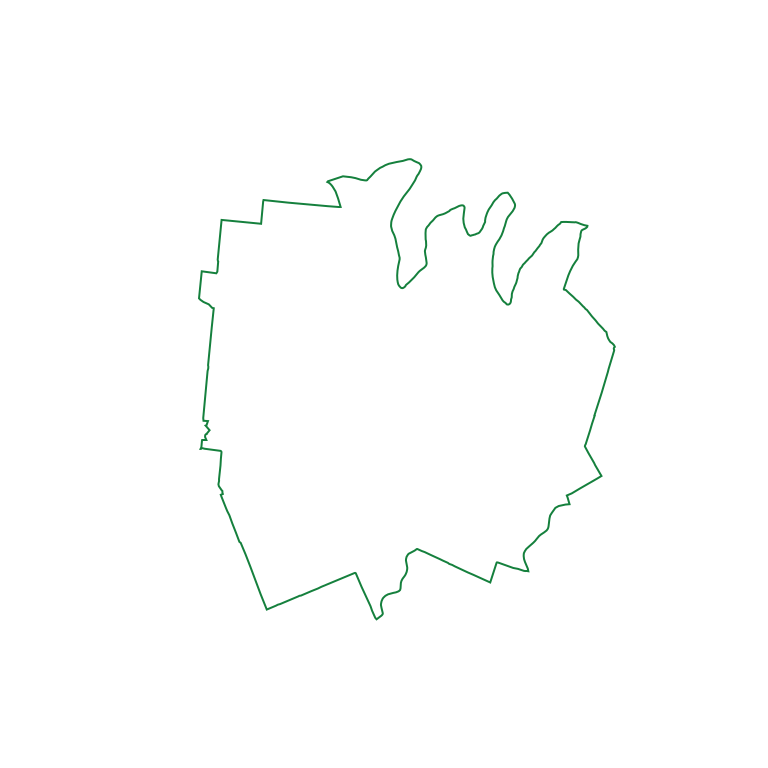 Rasuceni, Giurgiu, Romania (Albers equal-area conic projection), rotated 38°
{"feature_id": "2599482B42533582324930", "entity_name": "Rasuceni", "entity_type": "district", "adm_level": 2, "iso_a3": "ROU", "parent_name": "Romania", "parent_adm1": "Giurgiu", "projection": "albers", "projection_center": [25.697, 44.069], "detail": "fine", "context": "isolated", "style": "outline", "palette": "green", "viewbox_px": 768, "rotation_deg": 38, "n_neighbors": 0, "source": "geoboundaries", "source_scale": "gbopen_adm2", "svg_char_len": 6165}
<svg xmlns="http://www.w3.org/2000/svg" viewBox="0 0 768 768"><g transform="rotate(38 384 384)"><path d="M604.2,364.5L598.4,360.3L596.7,359.3L599.3,354.6L602.7,345.8L610.2,327.3L612.0,322.6L600.2,317.9L598.3,316.9L587.7,312.6L580.9,309.6L580.6,309.4L580.2,308.5L580.0,307.3L575.0,293.8L572.3,287.0L569.5,279.2L569.2,279.3L560.9,256.8L553.0,236.7L551.7,233.8L545.1,216.8L544.5,215.5L543.9,215.2L543.1,214.4L542.9,213.5L542.9,212.9L543.0,212.6L541.4,211.8L539.0,211.4L536.4,211.5L534.3,210.8L532.6,210.1L530.5,208.8L527.2,206.1L525.1,206.2L522.6,205.6L515.4,204.6L511.4,203.6L506.3,202.7L498.3,200.7L496.5,200.8L494.5,200.3L493.4,200.3L486.8,199.3L483.3,199.3L479.5,198.8L474.6,198.5L469.4,198.0L467.7,198.8L467.2,198.5L462.4,184.9L461.2,180.5L460.0,174.5L459.6,169.7L459.5,166.6L458.8,164.7L457.9,163.0L454.3,158.6L450.8,153.4L449.1,149.5L448.1,147.0L446.6,144.9L445.4,142.3L445.2,141.3L445.5,140.3L447.0,137.3L447.3,136.0L447.4,135.0L446.9,134.1L444.1,135.5L440.5,136.8L437.9,137.5L436.2,138.1L435.4,138.5L434.6,139.3L428.1,143.9L424.3,146.9L423.9,147.4L424.0,148.6L423.9,149.8L423.4,151.2L423.1,153.1L422.9,155.7L422.7,156.5L422.2,159.4L421.3,162.0L420.8,163.2L420.2,165.8L420.0,168.4L419.9,170.5L420.1,172.4L421.3,176.1L421.3,178.5L421.5,179.6L421.4,182.3L421.5,186.1L421.3,187.5L421.6,191.6L420.8,196.2L420.9,196.9L420.5,200.3L420.4,202.3L420.2,203.3L420.1,204.5L420.5,207.2L420.3,209.1L420.6,210.4L421.4,212.6L421.7,213.9L422.9,216.6L424.0,218.3L424.9,220.5L425.7,222.3L426.1,223.5L426.9,227.1L427.8,229.6L428.1,231.1L428.3,231.9L429.3,234.3L431.3,237.1L432.1,239.2L433.0,240.5L433.6,241.8L433.7,242.3L433.7,243.6L433.3,244.5L432.9,245.0L431.9,245.6L431.5,245.6L429.9,245.3L427.8,245.4L426.0,245.1L420.0,242.8L414.8,241.1L411.8,239.5L408.6,237.0L403.8,232.8L400.7,229.5L398.2,226.2L397.1,224.4L394.7,221.5L393.6,220.0L391.2,216.1L390.3,214.2L389.0,212.4L387.7,209.8L386.8,207.5L386.3,205.2L385.9,201.7L385.8,199.1L385.1,194.6L383.8,190.3L382.6,187.3L382.0,185.3L380.1,180.7L379.4,178.8L378.9,176.2L378.9,174.9L379.0,168.6L378.9,167.9L378.4,164.7L377.5,162.8L376.7,161.9L376.0,161.4L370.9,159.1L366.4,157.6L363.7,157.1L361.7,158.9L360.1,160.7L359.6,161.7L358.9,164.6L358.7,168.5L358.3,170.8L358.3,171.8L358.3,173.5L358.8,176.9L359.1,182.0L359.8,185.2L360.3,186.8L361.6,190.4L363.1,193.1L363.9,194.0L364.9,198.6L365.2,199.1L365.7,201.2L365.9,205.6L365.8,206.2L365.5,207.1L364.5,208.6L363.7,210.2L363.2,210.7L362.4,211.9L361.7,212.7L361.1,213.7L360.8,214.0L360.0,214.2L357.9,214.2L355.4,212.9L353.5,211.8L351.2,210.8L347.6,208.0L344.7,204.9L341.7,200.1L339.0,195.5L338.1,194.8L336.8,194.5L335.7,195.0L334.8,195.8L333.6,197.4L331.4,202.0L330.3,203.7L329.1,206.0L329.0,207.5L327.2,211.7L326.0,213.8L323.6,217.0L322.7,218.5L322.4,219.4L322.0,221.2L321.9,224.9L321.4,228.4L321.5,231.5L321.3,233.8L321.6,235.7L321.8,236.5L323.8,239.5L327.8,244.4L329.2,245.6L332.0,248.9L333.0,250.7L333.8,252.9L334.4,254.1L337.0,256.7L339.1,258.5L343.0,262.3L343.6,263.1L344.2,264.7L344.2,265.7L344.0,267.6L342.6,272.7L342.3,274.7L342.1,281.3L341.2,288.5L340.4,292.2L340.4,292.9L340.6,293.7L340.5,295.0L340.0,296.4L339.6,297.0L338.9,297.5L338.4,297.7L337.5,297.7L335.4,297.3L333.9,296.7L332.1,295.3L330.2,293.5L327.5,290.3L324.8,286.3L322.5,282.2L319.6,276.2L318.6,274.9L316.4,273.2L313.5,270.7L310.1,268.1L303.6,262.5L300.6,260.5L296.2,258.3L292.7,255.6L291.8,254.5L290.1,252.0L289.3,250.4L288.7,248.7L287.4,244.6L286.4,240.4L284.6,230.1L284.1,224.0L284.1,214.5L283.7,210.2L283.1,204.4L282.1,200.5L281.9,199.0L281.9,197.3L281.3,194.0L280.7,191.6L279.9,190.1L279.0,189.2L277.6,188.7L275.9,188.4L275.2,188.5L273.8,188.9L270.5,189.7L267.4,190.1L266.1,190.8L264.6,192.2L261.5,196.6L257.3,201.3L252.3,207.4L250.3,210.8L249.1,213.7L247.9,216.0L246.7,220.0L246.1,222.1L245.6,228.9L245.2,231.8L245.2,233.7L244.9,234.3L243.9,235.1L240.0,237.3L234.8,239.3L230.8,241.3L223.8,245.6L215.0,258.8L215.0,259.7L216.2,259.4L217.7,259.3L220.0,259.6L222.0,260.1L227.3,262.1L233.5,266.0L240.8,271.2L239.5,272.3L230.2,278.5L196.8,300.1L175.8,313.2L176.5,314.7L188.5,333.4L155.0,354.7L176.4,388.4L177.5,389.4L177.9,389.5L183.5,398.1L183.7,400.0L171.0,407.4L185.5,430.4L187.5,430.7L191.3,430.5L196.9,429.1L201.7,429.8L203.2,429.1L213.9,446.2L233.8,477.5L234.9,478.5L235.9,479.9L237.0,482.4L262.5,522.1L264.4,524.1L268.1,521.6L269.5,525.7L269.0,526.6L275.0,527.8L274.9,532.2L275.1,532.5L274.6,533.2L274.6,534.4L275.6,535.9L278.5,537.5L275.2,540.1L275.5,540.8L278.6,545.6L279.1,546.6L279.4,548.1L279.7,547.9L279.8,547.1L280.1,546.6L280.6,546.3L282.6,545.4L296.4,537.3L297.0,537.3L297.6,537.5L298.0,537.9L301.4,543.2L305.4,549.0L312.6,560.6L313.7,561.9L314.9,564.3L315.3,565.0L316.8,566.2L321.6,567.7L322.5,567.8L323.6,569.1L324.7,569.9L323.6,571.8L325.7,573.1L335.6,578.9L338.8,580.7L342.9,582.6L350.2,587.2L359.0,592.4L367.2,597.4L368.9,597.4L379.8,603.5L391.4,610.4L416.2,625.6L430.5,633.9L435.4,625.1L436.2,623.3L437.6,621.4L447.4,603.8L447.7,603.0L448.8,601.9L454.3,591.9L457.8,585.9L459.5,582.4L477.2,551.0L477.6,550.6L478.3,550.5L491.1,557.6L510.2,567.4L514.2,570.0L521.0,573.6L523.0,574.0L524.6,568.1L524.7,566.9L524.6,566.1L524.2,565.4L519.9,562.0L517.6,560.0L516.8,558.7L515.8,556.7L515.1,553.9L515.1,552.6L515.5,550.0L516.7,547.2L520.0,542.8L521.7,540.8L522.9,538.8L523.3,537.8L523.5,536.4L522.8,534.8L519.8,530.4L519.0,528.5L518.6,526.6L518.5,524.9L518.5,523.0L518.3,520.9L517.6,518.3L517.0,517.0L516.2,515.5L515.2,514.2L510.0,509.6L509.1,508.3L508.2,506.3L507.9,503.9L507.9,502.9L508.0,502.5L510.3,497.4L510.8,496.2L511.4,494.0L511.6,493.7L511.9,493.5L516.8,492.3L519.5,491.4L526.2,489.9L536.3,487.5L539.2,486.9L544.5,485.6L546.2,485.6L549.1,484.6L552.0,484.1L566.0,480.9L571.7,479.4L589.9,475.0L582.8,455.6L582.8,455.1L583.5,454.6L585.5,453.9L599.1,449.4L603.4,447.2L609.3,445.1L610.5,444.4L611.7,443.4L613.0,442.7L610.9,440.9L604.6,437.4L602.1,435.7L600.1,433.7L599.4,432.8L598.4,431.2L597.9,429.0L597.7,426.3L598.4,422.3L599.4,417.1L599.7,414.6L599.7,412.6L599.8,408.4L600.3,406.1L601.5,402.5L602.3,399.4L602.3,398.6L602.3,397.6L601.9,396.1L601.2,394.7L597.2,388.1L595.9,385.3L595.6,382.4L595.3,376.1L596.8,372.6L601.2,367.3L604.2,364.5Z" fill="none" stroke="#15803d" stroke-width="2"/></g></svg>